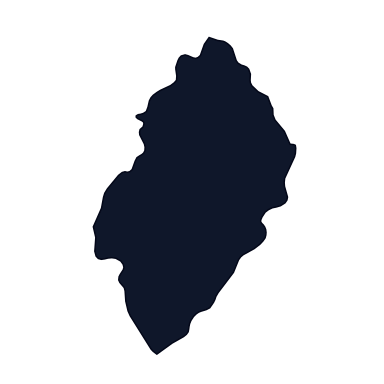 outline of Prahova, rotated 247°
{"feature_id": "ROU-310", "entity_name": "Prahova", "entity_type": "County", "adm_level": 1, "iso_a3": "ROU", "parent_name": "Romania", "parent_adm1": "", "projection": "natural_earth1", "projection_center": [26.063, 45.125], "detail": "fine", "context": "isolated", "style": "filled", "palette": "ink", "viewbox_px": 384, "rotation_deg": 247, "n_neighbors": 0, "source": "natural_earth", "source_scale": "10m", "svg_char_len": 2009}
<svg xmlns="http://www.w3.org/2000/svg" viewBox="0 0 384 384"><g transform="rotate(247 192 192)"><path d="M237.3,298.9L231.2,296.6L225.8,296.5L211.8,300.7L197.7,300.9L195.9,304.1L194.6,305.3L191.8,304.6L187.2,302.3L184.4,300.2L168.4,282.6L164.6,280.5L161.0,279.3L150.0,277.9L147.5,276.2L145.7,273.4L144.8,268.1L145.3,263.8L146.1,259.8L145.9,255.5L144.9,251.5L141.7,246.7L139.4,244.3L137.5,243.5L135.8,243.9L133.8,244.7L131.3,245.2L128.6,245.1L125.8,244.3L123.5,243.1L121.2,241.3L119.2,238.1L117.5,234.3L115.6,227.1L114.3,214.6L113.3,211.4L111.4,208.3L101.8,198.7L89.2,176.7L86.6,173.2L84.1,171.0L82.0,168.6L78.5,163.1L78.2,159.1L78.8,153.5L78.8,151.0L78.2,148.2L76.8,144.7L74.1,140.7L71.7,138.3L69.4,136.7L67.0,135.3L64.8,133.8L63.2,131.2L62.2,127.7L60.7,114.6L56.5,96.3L60.3,94.1L63.2,93.0L102.2,86.8L107.5,86.7L117.3,88.4L127.1,91.8L130.4,92.3L136.8,90.3L139.6,90.2L142.5,91.8L144.1,93.7L147.2,98.3L149.2,99.9L152.3,100.4L156.3,99.5L160.8,96.0L162.9,92.5L164.1,88.7L164.6,85.5L165.5,82.2L167.4,79.8L170.4,78.7L175.4,79.4L187.7,85.7L198.5,87.6L212.4,102.4L221.8,108.6L225.0,111.3L228.0,115.5L236.0,130.9L237.2,135.4L236.8,138.2L235.4,140.2L235.0,142.6L236.0,145.7L242.6,151.8L245.1,154.8L245.7,158.0L246.0,160.5L246.7,162.7L248.4,164.8L251.6,166.4L254.8,167.0L265.0,166.3L267.6,167.1L269.8,168.7L271.0,172.4L273.5,174.4L275.3,174.8L277.1,173.8L280.9,170.6L282.8,169.9L283.9,170.5L284.2,172.7L283.6,175.0L283.3,177.9L283.9,181.4L287.2,184.6L292.6,188.5L294.8,191.2L296.2,194.2L297.3,198.8L297.9,202.8L298.3,213.9L299.4,218.3L300.9,221.4L304.8,223.4L311.2,225.1L313.2,225.9L318.4,230.5L320.2,232.6L321.4,235.2L320.9,239.2L319.1,241.5L315.0,245.4L313.5,247.6L313.4,250.2L314.4,253.1L323.1,261.1L327.5,268.1L321.5,274.8L318.6,279.5L317.1,281.0L314.6,282.7L311.5,284.2L308.2,285.1L295.6,284.0L292.6,284.7L289.4,287.0L287.6,289.2L285.5,291.1L282.9,292.1L277.7,291.8L272.2,289.1L269.7,288.4L266.4,288.6L258.5,292.0L250.2,298.9L240.5,298.5L237.3,298.9Z" fill="#0f172a" stroke="#020617" stroke-width="1.5"/></g></svg>